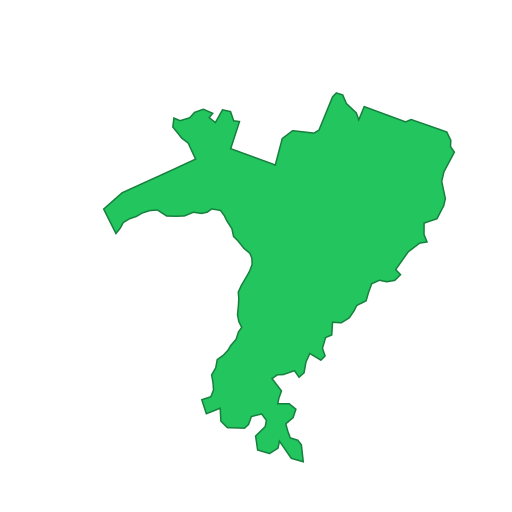 the district of São Valentim, Rio Grande do Sul, Brazil, rotated 290°
{"feature_id": "56859067B73841069656023", "entity_name": "São Valentim", "entity_type": "district", "adm_level": 2, "iso_a3": "BRA", "parent_name": "Brazil", "parent_adm1": "Rio Grande do Sul", "projection": "orthographic", "projection_center": [-52.582, -27.536], "detail": "fine", "context": "isolated", "style": "filled", "palette": "green", "viewbox_px": 512, "rotation_deg": 290, "n_neighbors": 0, "source": "geoboundaries", "source_scale": "gbopen_adm2", "svg_char_len": 1954}
<svg xmlns="http://www.w3.org/2000/svg" viewBox="0 0 512 512"><g transform="rotate(290 256 256)"><path d="M375.9,156.3L370.0,149.2L363.2,146.4L357.2,138.4L357.6,131.7L348.8,133.7L341.3,146.0L338.9,153.7L334.3,158.2L326.4,166.1L305.7,145.3L269.7,108.6L248.0,96.8L229.2,116.7L236.1,119.0L242.0,119.8L247.6,124.3L252.2,130.0L257.4,134.3L262.3,140.6L265.5,147.6L263.0,158.4L266.1,167.5L269.2,175.1L275.7,182.2L277.4,190.4L280.5,195.2L285.1,198.3L286.7,207.0L283.1,212.4L279.1,216.5L273.4,224.0L266.6,228.3L264.1,233.8L259.0,242.1L256.5,249.2L252.5,252.9L246.8,255.2L240.0,255.2L233.5,254.2L223.4,252.3L216.0,251.7L210.3,254.3L203.5,256.4L194.5,258.7L188.5,262.3L184.0,267.0L178.6,265.5L171.0,265.8L163.3,262.9L157.9,261.9L151.7,259.3L145.4,255.0L137.2,256.4L129.1,255.0L121.5,259.3L115.5,261.9L108.3,261.7L102.4,254.2L90.8,263.3L100.7,274.4L88.8,279.5L84.9,287.8L90.3,304.1L95.1,306.6L103.6,306.6L109.5,315.3L105.1,322.0L98.8,323.0L86.7,317.2L74.2,323.9L75.0,336.3L83.0,342.4L90.0,341.4L77.9,358.4L78.8,370.8L94.1,363.2L97.2,358.3L96.8,350.4L102.4,345.7L108.5,341.4L116.7,346.1L125.7,345.9L128.5,337.7L124.6,327.0L130.5,326.1L137.9,326.1L146.3,313.0L151.7,316.8L153.9,322.2L161.4,331.4L156.8,337.9L162.7,341.1L173.6,339.2L182.8,339.9L180.3,352.6L185.7,355.1L192.0,350.0L203.2,349.3L207.7,354.2L219.9,350.6L222.4,359.0L229.8,364.8L238.1,366.9L244.0,367.6L251.6,374.8L260.3,374.2L269.5,374.2L275.4,380.3L276.5,387.7L280.5,394.7L287.9,398.2L291.0,391.9L311.9,397.6L324.0,405.3L327.7,411.9L333.7,406.5L344.4,402.7L352.9,413.3L367.4,415.2L374.7,414.3L389.6,405.0L399.5,403.8L421.4,406.9L425.3,401.4L431.3,399.5L437.8,392.8L437.3,355.1L433.2,350.7L433.4,306.6L419.1,306.0L424.8,301.3L430.2,288.8L437.0,282.4L436.7,275.7L431.7,273.5L395.8,272.1L391.3,268.4L386.3,247.6L375.4,240.5L348.1,243.0L348.2,195.5L376.7,194.5L375.4,188.8L383.0,182.7L381.9,174.5L367.5,172.2L370.0,164.7L375.3,166.5L375.9,156.3Z" fill="#22c55e" stroke="#15803d" stroke-width="1.5"/></g></svg>